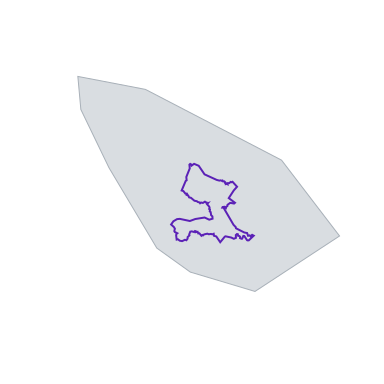 Central Forest Reserve, Soufrière, Saint Lucia shown in context, rotated 295°
{"feature_id": "8701671B48782263961868", "entity_name": "Central Forest Reserve", "entity_type": "district", "adm_level": 2, "iso_a3": "LCA", "parent_name": "Saint Lucia", "parent_adm1": "Soufrière", "projection": "orthographic", "projection_center": [-60.974, 13.868], "detail": "medium", "context": "in_parent", "style": "outline", "palette": "violet", "viewbox_px": 384, "rotation_deg": 295, "n_neighbors": 0, "source": "geoboundaries", "source_scale": "gbopen_adm2", "svg_char_len": 2146}
<svg xmlns="http://www.w3.org/2000/svg" viewBox="0 0 384 384"><g transform="rotate(295 192 192)"><path d="M258.7,259.7L214.5,344.3L128.5,291.1L118.7,224.3L126.3,183.8L178.9,106.5L219.8,56.4L248.5,39.7L265.3,106.4L258.7,259.7Z" fill="#d9dde1" stroke="#a8b0b8" stroke-width="1"/><path d="M185.9,191.7L186.3,193.5L185.1,197.9L185.7,200.2L185.4,201.4L185.7,203.2L185.2,204.1L186.3,204.7L186.7,206.5L188.7,207.8L188.3,209.2L188.7,209.7L188.1,210.7L188.5,211.1L187.3,210.8L186.0,213.8L185.0,214.7L183.9,214.7L183.7,215.7L181.9,216.3L181.7,217.4L179.1,219.1L178.5,220.8L176.5,221.9L174.2,219.3L174.2,214.2L168.9,206.4L164.8,202.3L162.5,192.3L161.1,189.9L157.6,187.5L153.7,186.8L152.6,190.4L151.5,192.0L149.1,192.5L148.5,193.3L148.4,196.1L147.4,195.6L146.1,195.9L142.4,198.2L143.2,199.1L142.7,201.5L143.3,203.8L145.7,205.8L145.9,207.3L147.8,207.7L149.3,207.1L151.6,208.0L152.3,207.4L155.3,207.2L156.2,208.4L156.6,210.7L157.9,211.2L158.0,212.1L157.2,212.4L158.3,213.9L157.1,215.2L157.7,216.1L156.3,219.0L157.4,219.5L157.3,220.3L158.7,220.9L160.7,223.5L160.8,225.1L162.0,226.9L162.2,228.3L163.3,229.3L161.6,230.5L162.0,232.8L158.4,238.8L165.4,240.6L166.0,241.1L167.3,246.7L167.3,249.7L169.0,251.2L171.5,249.9L172.9,250.5L173.1,251.4L171.8,252.3L172.1,253.6L171.7,254.6L170.5,255.0L170.5,256.6L170.9,257.2L173.9,257.1L174.2,258.0L171.6,262.3L171.7,263.1L172.2,263.9L178.5,266.4L178.6,264.6L176.6,263.6L177.0,262.5L176.0,261.3L178.1,259.3L177.4,256.5L177.7,247.2L178.7,246.4L179.8,243.5L191.2,227.1L190.7,226.1L191.3,226.1L192.4,227.8L191.9,229.5L193.0,229.3L194.2,230.0L195.4,229.6L198.3,231.2L199.3,235.0L200.4,235.5L202.0,227.9L211.1,229.2L215.8,230.6L218.4,224.4L217.5,223.6L217.5,222.8L215.8,222.0L215.1,220.5L214.1,221.0L214.2,220.4L213.4,219.3L214.2,218.9L214.2,218.1L214.9,217.9L215.3,216.8L214.7,215.7L215.3,214.8L214.7,214.3L214.7,213.1L213.9,212.0L213.4,209.3L213.3,195.9L218.6,187.0L218.4,182.0L215.8,180.5L216.6,179.8L216.7,178.5L215.7,178.1L212.4,180.0L203.2,180.5L200.3,182.2L199.4,181.6L189.0,182.0L189.2,183.8L187.7,186.8L188.4,188.0L187.9,188.7L187.1,188.6L187.2,190.1L185.9,191.7Z" fill="none" stroke="#5b21b6" stroke-width="2"/></g></svg>